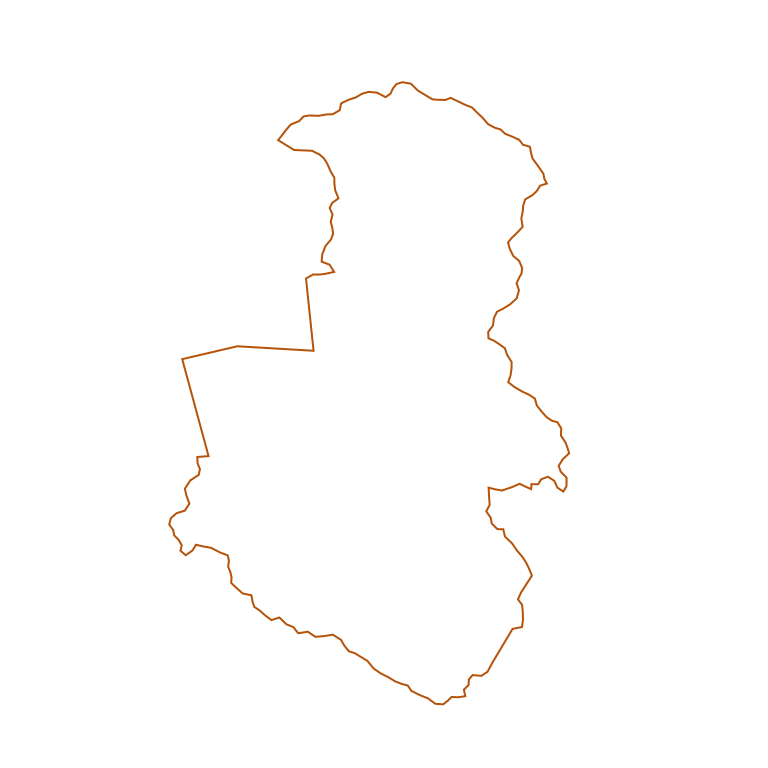 Angelina, Santa Catarina, Brazil (Natural Earth projection), rotated 104°
{"feature_id": "56859067B60801601029552", "entity_name": "Angelina", "entity_type": "district", "adm_level": 2, "iso_a3": "BRA", "parent_name": "Brazil", "parent_adm1": "Santa Catarina", "projection": "natural_earth1", "projection_center": [-49.081, -27.547], "detail": "fine", "context": "isolated", "style": "outline", "palette": "amber", "viewbox_px": 768, "rotation_deg": 104, "n_neighbors": 0, "source": "geoboundaries", "source_scale": "gbopen_adm2", "svg_char_len": 3104}
<svg xmlns="http://www.w3.org/2000/svg" viewBox="0 0 768 768"><g transform="rotate(104 384 384)"><path d="M595.0,541.2L598.1,534.9L591.9,529.6L585.5,527.6L585.3,519.7L584.8,512.0L587.1,502.5L588.1,494.2L593.0,491.7L598.8,491.1L603.5,487.7L608.2,485.2L613.9,484.2L617.0,478.9L621.4,470.6L621.1,461.5L627.0,458.9L631.6,456.0L633.9,449.7L637.2,443.5L640.3,436.1L635.9,429.0L640.8,420.5L641.8,413.2L646.6,406.9L642.8,398.0L645.9,389.4L643.0,380.8L639.6,373.1L642.7,363.8L647.2,359.5L651.8,353.5L652.3,347.1L654.3,340.8L656.7,333.1L662.6,325.2L665.6,317.1L667.5,308.7L669.8,301.4L670.7,294.3L670.8,288.0L675.2,283.1L677.2,273.9L678.4,265.1L681.9,256.8L680.5,249.1L675.9,245.5L671.3,242.7L670.0,236.1L667.2,229.6L661.3,232.5L655.5,229.1L650.1,230.2L645.0,227.6L643.6,218.9L638.3,214.0L627.1,211.1L590.5,200.0L586.4,191.3L579.7,192.0L571.6,194.2L564.9,196.6L560.5,201.9L553.1,200.6L534.2,194.1L528.6,198.2L523.3,202.5L518.6,207.5L513.3,214.8L507.6,221.3L502.8,229.7L496.1,233.1L497.4,238.9L493.3,245.7L488.0,248.1L482.8,254.0L475.7,252.2L468.5,254.6L459.3,257.4L459.3,250.7L458.8,243.8L453.4,235.3L448.0,228.2L449.3,222.3L450.4,215.8L445.5,216.7L444.0,210.2L438.4,208.4L434.3,202.5L436.8,195.3L442.6,190.7L445.0,184.0L439.1,182.2L430.7,184.2L426.3,191.3L421.2,194.7L414.1,192.5L406.4,187.6L401.3,190.7L396.7,193.9L391.3,199.8L384.2,201.3L379.1,206.5L379.0,212.4L376.7,218.5L372.4,224.7L367.8,230.6L361.6,234.1L359.4,240.4L357.9,248.1L355.3,256.9L352.2,263.9L345.2,263.3L338.1,264.0L331.8,265.5L325.8,271.7L320.0,275.4L317.6,281.5L315.4,287.8L314.3,293.7L308.2,295.5L300.8,292.4L293.4,293.3L286.5,291.8L282.2,286.8L276.3,281.0L268.8,276.0L260.4,275.7L254.3,279.7L248.6,278.7L243.5,277.3L238.2,277.9L232.0,282.5L228.5,289.6L222.6,294.5L216.7,297.9L212.0,295.8L206.1,292.1L198.0,287.5L190.1,290.8L182.9,291.1L177.4,292.1L170.7,291.7L165.1,285.9L160.1,282.6L153.7,280.4L150.1,274.5L146.1,278.1L141.3,280.3L137.2,285.0L133.3,289.6L129.2,294.5L123.9,297.4L118.5,299.8L118.2,307.1L114.4,311.8L112.9,319.7L111.9,327.0L108.8,332.5L108.5,338.8L106.7,345.8L101.7,353.0L97.9,359.7L94.5,365.3L93.2,374.3L91.7,381.4L90.2,388.5L93.5,393.1L95.0,399.6L96.1,405.7L93.8,413.4L91.1,422.1L86.1,430.5L86.7,439.1L89.9,444.4L95.2,446.9L100.7,447.9L105.3,451.8L103.0,461.3L104.3,469.7L107.8,475.7L112.7,480.6L117.1,487.6L122.1,493.5L129.1,493.2L134.7,499.1L136.3,504.9L139.6,512.4L141.6,521.7L143.9,526.8L149.5,530.0L154.8,537.3L161.0,540.4L167.0,543.0L173.0,545.7L175.0,539.5L176.9,533.5L178.7,527.8L176.9,519.1L175.1,510.2L176.9,502.2L179.6,496.9L183.8,492.5L190.9,487.0L195.8,482.1L201.7,480.6L208.0,478.1L214.9,473.1L220.8,478.1L226.4,479.3L232.1,474.9L239.5,474.9L245.3,471.8L250.7,469.7L256.6,470.4L264.1,474.1L273.0,475.3L280.4,474.1L281.4,465.7L287.3,459.5L291.3,467.6L293.4,473.1L294.9,479.3L300.5,485.2L368.8,460.4L377.2,505.3L382.9,535.5L408.7,585.8L496.4,536.8L500.0,547.5L506.1,545.7L511.1,542.0L517.0,541.8L524.5,548.7L533.8,551.9L539.7,548.9L547.2,543.9L555.1,546.6L559.5,554.0L565.8,558.4L572.3,558.4L576.9,553.1L581.6,551.0L584.8,545.7L589.4,541.2L595.0,541.2Z" fill="none" stroke="#b45309" stroke-width="2"/></g></svg>